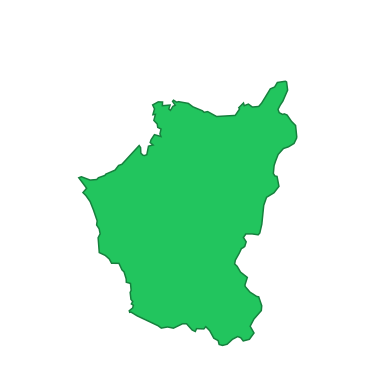 the district of Gurabo, Puerto Rico, rotated 202°
{"feature_id": "32010507B33566817880086", "entity_name": "Gurabo", "entity_type": "district", "adm_level": 2, "iso_a3": "PRI", "parent_name": "Puerto Rico", "parent_adm1": "", "projection": "equal_earth", "projection_center": [-65.978, 18.259], "detail": "fine", "context": "isolated", "style": "filled", "palette": "green", "viewbox_px": 384, "rotation_deg": 202, "n_neighbors": 0, "source": "geoboundaries", "source_scale": "gbopen_adm2", "svg_char_len": 2155}
<svg xmlns="http://www.w3.org/2000/svg" viewBox="0 0 384 384"><g transform="rotate(202 192 192)"><path d="M255.3,101.1L248.7,100.7L243.6,98.9L239.9,95.8L233.0,98.5L227.8,93.6L225.1,92.5L220.5,86.8L219.1,83.7L214.8,84.2L211.6,78.0L211.7,75.7L208.4,69.6L205.9,68.2L206.3,65.5L203.9,65.0L203.6,62.2L205.7,58.4L204.7,57.1L203.6,57.8L196.3,56.6L173.4,55.3L169.5,54.3L164.1,57.7L158.2,58.8L151.4,66.3L147.7,67.8L140.2,64.1L136.7,63.9L136.6,67.0L129.7,69.5L128.8,72.3L123.7,70.1L117.0,64.6L112.1,64.0L109.7,60.8L106.2,61.2L102.4,64.0L99.3,70.6L95.5,75.1L92.2,75.1L88.7,73.1L83.6,76.9L81.7,84.5L87.8,89.3L87.0,97.4L83.3,108.0L84.7,112.6L90.9,119.8L93.0,119.4L100.8,120.9L107.3,124.3L108.1,125.7L108.7,133.5L117.0,135.9L122.3,140.0L125.5,141.3L126.3,145.1L125.3,152.9L125.0,158.1L124.0,159.2L122.7,161.2L123.1,166.1L127.3,169.1L126.3,173.3L120.4,175.7L114.6,177.1L113.8,179.4L115.2,188.3L120.5,206.5L120.9,215.0L115.7,222.0L113.5,229.8L119.0,238.3L121.1,237.9L123.5,239.6L125.8,247.3L126.1,252.0L126.2,259.1L123.5,266.6L119.5,270.0L115.6,275.2L115.2,281.1L115.6,282.5L120.9,292.5L126.3,294.8L132.7,299.0L135.7,299.0L137.0,297.9L140.8,298.2L143.2,300.8L142.8,305.4L141.8,310.3L141.5,322.3L145.5,329.4L146.7,329.7L147.9,329.1L153.9,325.5L154.7,320.3L158.0,317.0L160.7,300.7L162.2,296.3L167.8,293.4L172.7,294.6L175.9,291.6L177.6,293.8L180.2,287.7L179.0,286.8L180.6,279.2L197.5,271.2L207.6,272.4L210.6,270.4L212.8,271.2L223.1,271.3L228.6,272.8L238.4,270.7L239.8,269.5L243.5,270.2L244.0,268.8L240.0,266.1L241.8,264.3L242.6,259.6L244.6,260.3L244.9,264.4L251.8,260.9L253.0,264.4L257.1,262.9L261.1,258.0L257.9,255.0L257.2,249.0L255.0,250.3L254.2,244.1L249.7,242.0L248.0,239.1L244.3,238.8L243.5,233.9L241.6,231.8L248.3,231.1L249.5,225.2L249.5,224.9L249.3,222.2L245.7,221.0L249.5,218.2L247.9,209.7L249.7,208.0L251.3,207.7L254.0,208.9L256.3,213.9L258.4,215.3L267.4,191.4L270.0,189.1L271.6,183.4L278.6,176.3L279.0,174.7L284.1,170.2L285.0,167.9L290.9,164.9L300.3,164.7L302.3,162.8L291.1,156.0L292.9,150.6L289.1,149.0L282.9,145.0L276.6,138.4L269.1,129.7L268.1,125.7L264.3,123.1L261.5,118.8L261.9,114.4L255.3,101.1Z" fill="#22c55e" stroke="#15803d" stroke-width="1.5"/></g></svg>